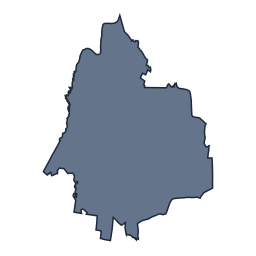 outline of Ostuacán, Chiapas, Mexico
{"feature_id": "50627088B96249830880430", "entity_name": "Ostuacán", "entity_type": "district", "adm_level": 2, "iso_a3": "MEX", "parent_name": "Mexico", "parent_adm1": "Chiapas", "projection": "equal_earth", "projection_center": [-93.473, 17.447], "detail": "fine", "context": "isolated", "style": "filled", "palette": "slate", "viewbox_px": 256, "rotation_deg": 0, "n_neighbors": 0, "source": "geoboundaries", "source_scale": "gbopen_adm2", "svg_char_len": 5521}
<svg xmlns="http://www.w3.org/2000/svg" viewBox="0 0 256 256"><path d="M138.3,239.3L138.4,239.0L137.8,235.4L138.2,232.7L138.1,229.3L137.6,225.1L137.6,223.4L141.3,221.1L143.0,220.4L148.8,218.8L150.3,217.8L151.8,217.1L152.7,216.5L155.2,215.7L159.1,213.9L160.4,214.0L162.2,214.4L162.7,214.7L165.6,214.0L166.4,212.7L166.8,211.3L167.2,210.4L169.3,204.3L170.2,202.2L171.8,199.6L173.0,198.8L177.0,198.2L180.8,197.9L183.8,197.8L186.1,197.4L187.9,197.5L188.6,197.3L191.9,197.6L197.3,197.2L200.1,198.2L200.7,196.9L203.7,192.7L212.6,188.1L212.5,181.3L212.6,176.6L212.4,164.8L212.0,157.9L207.8,158.1L207.8,156.8L208.9,149.0L208.8,148.7L208.8,147.9L208.8,147.0L209.5,145.2L208.5,146.2L206.6,147.1L205.7,146.2L205.2,145.6L204.7,144.5L204.2,143.7L204.3,142.2L204.5,140.5L204.8,139.3L205.2,138.0L204.6,134.6L204.5,131.3L205.0,126.2L206.0,123.9L200.9,119.1L200.0,118.3L198.2,117.6L193.8,117.0L192.5,116.2L191.8,115.2L191.6,109.8L191.3,104.3L191.3,100.8L190.7,96.2L190.1,92.6L189.8,91.7L188.9,90.6L186.8,89.7L184.7,89.2L182.5,88.8L178.7,88.3L178.0,87.3L177.1,86.9L176.2,83.3L175.4,84.1L175.0,83.5L173.8,85.3L174.4,86.4L174.4,86.6L174.2,86.9L173.2,86.8L172.6,86.4L172.5,86.9L171.9,87.2L170.5,86.4L170.5,85.6L169.7,85.1L168.8,83.9L167.6,85.0L167.0,86.7L166.4,87.8L144.4,87.5L144.7,85.5L143.7,84.8L144.7,81.0L140.3,77.9L142.5,73.3L145.6,74.8L147.1,71.4L147.7,69.7L150.4,71.8L150.9,69.5L150.2,67.0L148.8,67.4L148.0,65.6L146.4,65.3L147.6,60.2L146.6,59.0L145.6,58.4L142.0,51.9L141.6,51.3L140.9,50.6L140.1,50.2L139.7,49.2L138.0,46.9L138.2,45.1L138.4,44.2L138.4,43.4L138.4,42.1L137.9,40.8L137.2,41.1L136.5,40.6L135.5,40.6L135.2,41.7L134.9,41.8L134.1,41.4L133.6,41.4L133.2,40.7L131.9,40.8L132.4,40.0L131.4,40.2L127.8,35.0L124.4,31.6L119.8,15.4L118.4,19.5L117.5,21.3L116.5,22.1L115.0,22.9L113.7,23.3L110.7,23.5L107.8,23.3L104.4,23.5L103.7,23.9L103.1,24.7L102.8,25.5L102.2,28.2L101.9,31.0L101.7,36.3L101.1,38.9L100.8,41.9L100.6,46.7L100.7,49.4L100.5,52.9L100.2,53.8L99.8,54.1L97.8,54.6L96.3,54.4L95.4,53.7L91.7,50.3L90.7,49.5L89.6,49.0L88.4,48.5L87.8,48.5L86.9,48.5L86.2,48.6L85.2,49.2L83.6,49.7L83.0,50.1L82.6,50.7L82.2,51.2L81.4,52.9L80.2,55.5L80.0,56.4L79.7,58.7L79.4,59.9L78.6,62.2L77.7,63.3L76.8,64.6L76.4,65.5L75.8,71.5L75.5,71.6L74.7,71.3L74.4,71.4L74.2,71.6L74.0,71.9L74.0,72.1L74.2,72.3L74.8,72.1L75.0,72.2L75.0,72.4L74.5,73.5L74.1,73.8L73.5,74.0L74.0,74.9L74.2,75.6L74.2,76.0L73.9,76.0L73.8,75.1L73.5,75.0L73.4,75.9L73.6,77.2L73.8,77.7L73.8,77.8L73.1,78.1L72.6,78.7L72.7,79.1L72.8,79.1L73.3,79.0L73.4,79.4L73.8,79.7L73.9,79.9L73.8,80.1L73.7,80.2L73.4,79.9L73.2,79.9L72.9,80.3L72.6,81.7L72.1,83.0L72.1,83.4L72.3,84.0L72.1,85.6L72.5,86.1L72.5,86.3L72.0,88.1L72.0,88.7L71.7,88.8L71.3,88.6L71.0,88.8L70.8,88.6L70.7,88.4L70.8,88.2L71.3,87.8L71.6,87.5L71.5,87.4L70.9,87.6L70.4,87.4L69.9,87.6L69.2,87.3L69.2,87.5L70.1,88.5L70.5,89.6L71.0,90.2L70.9,90.4L70.5,90.2L70.4,90.4L70.4,91.0L70.6,91.8L70.1,92.0L70.2,92.6L69.9,93.0L69.5,92.8L69.2,91.9L69.3,90.8L69.2,90.8L68.6,91.3L68.2,92.5L68.1,93.0L68.3,93.2L69.1,93.1L69.1,93.3L68.5,94.3L68.4,95.2L68.3,95.5L67.9,95.4L66.7,94.8L66.1,95.3L65.7,95.4L65.3,95.4L65.2,95.4L65.1,95.7L65.6,96.1L65.5,96.6L65.6,97.1L66.3,97.0L65.6,98.0L65.6,98.6L66.0,98.8L66.5,98.7L67.2,99.1L67.0,99.6L66.9,100.4L67.0,100.9L67.3,101.1L67.9,100.7L67.9,100.9L67.4,101.4L67.5,101.7L67.9,101.9L68.1,102.3L68.5,102.5L69.2,102.4L69.2,102.8L68.6,103.3L68.7,103.6L68.8,104.0L69.1,104.2L69.2,103.5L69.3,103.5L70.0,104.4L70.0,105.2L70.0,105.5L69.2,106.4L68.9,105.9L68.3,106.4L68.4,107.0L69.3,107.3L69.4,107.5L69.1,107.8L68.2,107.4L68.0,107.6L67.9,108.0L68.2,110.1L68.4,110.2L68.5,110.0L68.7,109.3L69.0,109.2L69.1,109.4L68.8,110.7L68.9,110.8L69.1,110.8L69.4,110.3L69.5,110.9L69.4,111.1L68.9,111.2L68.8,111.4L68.8,111.7L69.4,112.8L69.4,113.2L69.2,113.9L69.1,114.6L68.7,114.8L68.9,115.2L68.9,115.7L68.8,116.1L68.7,116.3L68.4,116.4L68.1,117.3L66.9,118.5L67.4,119.3L67.4,119.5L66.9,121.5L67.0,122.3L66.7,122.9L66.9,123.3L66.6,123.8L67.0,124.7L67.0,125.0L67.1,125.5L67.3,126.8L66.9,127.9L65.9,128.7L65.8,129.4L65.9,130.4L65.4,131.6L65.0,132.2L64.9,132.7L64.6,132.9L63.1,133.1L62.6,133.4L62.5,134.5L62.6,135.2L62.3,136.5L62.1,137.0L61.8,137.5L61.3,137.8L60.2,138.0L59.6,138.9L59.4,139.5L59.4,140.1L59.9,140.8L60.0,140.8L57.7,145.4L51.6,156.2L49.2,160.9L44.4,169.7L43.4,171.7L47.2,175.0L48.0,174.2L48.5,174.2L48.6,173.6L48.7,173.4L50.1,173.3L50.3,173.1L50.6,171.7L51.7,175.7L54.1,174.8L56.2,173.7L57.0,173.0L57.4,174.3L57.6,172.2L57.2,171.0L59.3,168.0L62.7,168.6L63.7,168.3L67.8,173.5L71.9,173.1L72.8,173.2L73.4,173.9L74.0,175.2L74.5,175.6L73.8,180.0L75.1,182.4L76.8,181.5L77.3,181.6L77.8,182.1L77.1,183.6L75.9,183.6L74.6,186.1L74.7,187.3L75.6,186.8L76.0,187.9L75.0,192.6L76.0,193.7L76.8,193.8L76.3,197.3L75.1,197.1L75.9,194.1L74.0,193.5L73.7,193.6L73.1,195.9L75.8,200.3L75.5,201.9L74.0,212.2L81.6,213.4L80.8,210.3L82.1,209.1L83.5,209.5L84.2,210.0L84.8,210.3L85.4,211.2L85.9,211.5L86.2,211.9L87.0,212.6L86.8,213.3L86.3,214.2L97.1,215.8L97.1,217.0L96.8,222.6L96.0,230.0L98.3,230.3L101.2,231.1L100.6,237.4L100.4,238.4L104.4,239.5L107.6,240.1L110.1,240.6L110.4,240.5L110.7,238.3L111.1,236.1L112.2,228.6L113.2,217.4L117.4,221.3L117.4,221.8L121.3,225.2L122.8,224.5L123.4,224.0L125.4,222.7L125.0,227.9L126.2,234.4L126.5,235.1L126.8,234.3L127.3,234.7L128.3,234.9L128.9,234.8L129.3,235.2L130.6,235.1L130.8,235.5L132.8,237.3L133.0,236.9L133.0,236.3L133.4,237.3L134.3,238.0L135.1,237.7L135.9,238.1L135.3,238.9L135.5,239.2L136.0,239.5L136.4,239.9L136.5,239.2L136.9,239.2L137.2,238.8L138.3,239.3Z" fill="#64748b" stroke="#1e293b" stroke-width="1.5"/></svg>